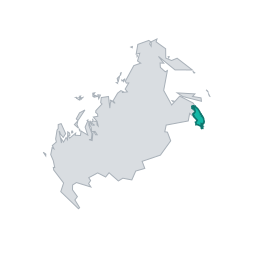 location of Primor'ye within Russia, rotated 292°
{"feature_id": "RUS-2611", "entity_name": "Primor'ye", "entity_type": "Territory", "adm_level": 1, "iso_a3": "RUS", "parent_name": "Russia", "parent_adm1": "", "projection": "orthographic", "projection_center": [134.86, 45.37], "detail": "fine", "context": "in_parent", "style": "filled", "palette": "teal", "viewbox_px": 256, "rotation_deg": 292, "n_neighbors": 0, "source": "natural_earth", "source_scale": "10m", "svg_char_len": 7402}
<svg xmlns="http://www.w3.org/2000/svg" viewBox="0 0 256 256"><g transform="rotate(292 128 128)"><path d="M165.7,194.0L155.2,196.2L157.2,194.3L156.8,189.8L161.4,189.1L164.7,179.7L157.1,181.2L145.0,162.3L138.3,163.5L138.9,166.1L132.1,172.4L115.0,168.2L102.4,153.6L96.8,158.7L91.0,151.3L81.3,151.0L79.5,142.0L75.3,138.9L79.4,127.2L74.2,125.6L75.0,116.7L67.2,110.2L65.3,113.0L61.7,112.3L59.4,115.7L58.1,100.6L54.4,98.0L49.9,99.7L45.4,106.8L41.4,105.7L36.0,113.0L34.6,112.3L43.8,89.5L52.9,88.9L61.2,74.9L63.5,73.5L63.9,74.9L69.8,70.9L74.4,66.3L81.4,65.0L81.0,67.1L83.4,64.4L88.2,66.8L90.8,65.0L99.5,63.0L101.3,63.5L105.1,62.0L107.0,64.4L99.4,72.3L95.0,71.5L97.1,67.6L98.9,66.1L99.4,65.2L89.1,71.9L92.9,70.5L90.8,73.5L96.0,74.2L94.5,76.3L101.9,73.6L101.4,75.7L99.6,76.9L98.4,75.8L96.7,77.7L103.6,81.4L101.5,81.8L103.2,86.7L107.6,85.7L106.4,93.3L112.8,87.9L119.5,88.1L119.4,89.2L115.9,90.6L109.2,96.7L103.7,98.3L102.6,96.2L102.9,99.5L111.0,97.1L112.0,97.8L109.6,100.5L110.2,102.0L112.5,98.7L111.1,95.6L114.8,93.6L116.4,91.4L120.6,90.1L117.2,93.2L117.7,95.4L118.2,95.7L118.9,92.3L121.3,92.8L122.3,96.6L119.2,98.2L118.6,99.7L122.5,96.9L125.2,91.8L127.5,95.6L129.5,94.6L130.3,92.2L132.1,91.7L140.5,94.9L141.2,93.2L146.2,91.8L149.9,98.1L139.6,103.7L145.2,102.1L147.2,103.0L146.1,105.7L146.1,106.2L146.3,106.4L147.7,104.0L156.4,105.3L160.0,107.4L159.9,110.2L158.6,109.2L161.3,113.9L163.0,110.8L170.0,111.8L169.0,109.6L170.4,108.0L188.0,110.0L192.9,115.5L193.7,111.7L201.7,110.9L199.5,107.9L209.2,105.8L217.0,114.5L216.5,116.6L214.1,116.5L212.5,118.8L216.7,117.3L221.4,121.5L218.4,121.8L215.6,133.2L207.0,136.8L206.9,143.1L211.1,147.4L205.9,165.9L199.5,149.8L205.8,129.4L201.5,136.9L200.3,133.4L196.3,135.3L194.1,141.5L196.0,143.0L176.2,147.0L165.7,159.9L176.9,164.0L175.6,178.8L165.7,194.0ZM128.6,81.3L116.2,78.8L117.1,76.6L123.9,77.4L128.6,81.3ZM179.0,160.5L184.7,177.3L181.4,176.0L183.3,184.4L180.3,186.1L177.7,167.0L179.0,160.5ZM111.1,77.0L115.9,78.8L112.1,79.4L109.2,82.3L111.1,77.0ZM166.7,101.7L169.9,99.4L173.0,100.7L166.7,101.7ZM145.9,84.5L146.0,88.1L144.0,85.3L145.9,84.5ZM147.1,82.3L148.2,84.0L145.1,83.2L147.1,82.3ZM147.5,87.6L148.2,90.1L144.1,89.9L147.5,87.6ZM173.8,101.4L175.4,100.6L177.3,100.9L173.8,101.4ZM73.8,58.5L73.0,61.6L71.3,62.2L73.8,58.5ZM136.5,69.6L137.2,70.4L135.8,68.8L136.5,69.6ZM170.3,105.4L172.6,106.8L169.3,106.6L170.3,105.4ZM103.6,78.5L102.3,77.9L103.1,77.1L104.4,77.2L103.6,78.5ZM137.7,71.1L138.5,71.8L138.0,72.4L137.7,71.1ZM138.7,73.8L137.3,73.9L137.5,73.1L138.4,73.0L138.7,73.8ZM138.8,74.7L138.7,74.0L139.5,74.8L138.8,74.7ZM108.8,83.6L106.9,85.0L108.1,83.4L108.8,83.6ZM145.1,84.6L144.0,84.6L144.2,83.8L145.1,84.6ZM139.3,71.2L139.9,72.1L139.0,72.0L139.3,71.2ZM205.2,101.5L204.0,101.9L204.1,100.3L205.2,101.5ZM137.2,68.7L136.9,69.4L136.8,68.1L137.2,68.7ZM120.2,87.7L119.3,86.9L120.3,87.7L120.2,87.7ZM147.2,101.2L147.2,102.5L146.5,101.5L147.2,101.2ZM199.0,108.9L198.4,109.8L197.6,109.7L199.0,108.9ZM136.7,73.0L137.0,72.4L136.9,73.3L136.7,73.0ZM139.0,72.2L138.2,72.8L138.6,72.0L139.0,72.2ZM192.7,186.1L192.3,187.5L191.0,189.4L192.7,186.1ZM136.5,72.2L135.8,72.7L135.8,72.2L136.5,72.2ZM121.5,92.6L120.4,92.3L120.4,92.1L121.5,92.6ZM209.6,139.4L208.3,139.5L209.1,138.5L209.6,139.4ZM170.1,104.3L169.7,105.3L169.4,104.6L170.1,104.3ZM169.8,158.7L170.1,160.3L169.2,159.9L169.8,158.7ZM204.9,166.8L204.2,169.2L203.7,168.7L204.9,166.8ZM136.1,71.4L135.7,71.1L136.0,70.8L136.1,71.4ZM123.4,91.9L122.4,92.4L122.5,92.1L123.4,91.9ZM166.1,101.0L165.5,101.5L165.7,100.3L166.1,101.0ZM188.1,191.5L190.3,189.4L188.1,191.9L188.1,191.5Z" fill="#d9dde1" stroke="#a8b0b8" stroke-width="1"/><path d="M163.0,185.5L163.1,185.4L163.0,185.1L163.1,184.8L163.3,184.6L163.5,184.5L163.8,184.5L164.2,184.5L164.3,184.2L164.2,183.9L164.2,183.7L164.4,183.6L164.5,183.3L164.7,183.2L164.8,183.1L165.1,183.0L165.3,183.1L165.5,182.9L165.8,183.0L166.0,183.1L166.1,183.3L166.3,183.4L166.1,183.7L166.3,183.8L166.5,183.6L166.8,183.6L166.9,183.8L167.0,183.9L167.1,184.0L167.3,184.1L167.6,183.9L167.8,184.1L168.0,184.2L168.4,184.0L168.6,184.1L169.0,183.9L169.2,183.6L169.3,183.6L169.5,183.4L169.4,183.3L169.4,183.0L169.5,182.9L169.5,182.7L169.9,182.7L170.0,182.6L170.2,182.8L170.4,182.8L170.6,182.6L171.0,182.4L171.3,182.2L171.5,182.0L171.6,181.9L171.7,181.6L171.4,181.6L171.6,181.3L171.4,181.2L171.2,181.3L170.7,181.0L170.3,181.0L170.4,180.9L170.5,180.8L170.7,180.7L170.3,180.5L170.2,180.3L170.1,180.2L170.2,179.9L170.3,179.8L170.6,179.7L170.8,179.7L171.2,179.7L171.4,179.4L171.6,179.4L171.8,179.3L171.8,179.2L172.0,179.0L172.3,179.1L172.4,179.3L172.5,179.5L172.6,179.8L172.7,179.7L172.8,179.7L172.9,179.9L172.7,179.9L172.7,180.0L172.9,180.4L173.1,180.6L173.2,180.8L173.1,181.0L172.9,181.1L172.7,181.1L172.5,181.3L172.8,181.4L172.8,181.5L172.7,181.7L172.8,181.8L172.6,181.9L172.8,181.9L173.0,182.0L173.3,181.9L173.5,182.1L173.5,182.3L173.4,182.4L172.7,183.2L172.6,183.5L172.5,184.0L172.3,184.4L172.4,184.6L172.1,185.0L171.9,185.5L171.8,185.9L171.6,186.1L171.2,186.6L171.0,187.0L170.7,187.4L170.5,187.6L170.0,188.4L169.8,188.4L169.3,188.9L169.2,189.2L169.0,189.4L168.7,189.7L168.7,189.8L168.6,190.0L168.3,190.2L168.3,190.3L168.2,190.3L168.3,190.4L168.1,190.5L168.0,190.8L167.9,191.1L167.7,191.2L167.5,191.3L167.3,191.4L167.2,191.5L167.1,191.8L166.9,192.0L166.8,192.5L166.6,192.6L166.5,192.8L166.4,192.7L166.4,192.9L166.5,192.9L166.4,193.0L166.5,192.9L166.3,193.3L166.0,193.5L166.0,193.4L165.9,193.4L165.8,193.5L165.7,194.0L165.3,194.2L165.3,194.3L165.0,194.5L164.9,194.7L164.7,194.7L164.5,194.9L164.4,194.9L164.1,195.1L163.6,195.4L163.4,195.6L163.0,196.0L162.8,195.9L162.6,196.1L162.4,196.0L162.2,196.1L161.9,196.3L161.6,196.3L161.3,196.5L161.0,196.5L160.9,196.4L161.0,196.4L160.9,196.2L161.0,196.1L160.9,196.1L160.7,196.1L160.7,196.3L160.5,196.2L160.4,196.1L160.5,195.9L160.4,195.8L160.3,196.0L160.1,196.0L159.9,195.9L159.6,195.7L159.6,195.8L159.5,196.0L159.4,196.0L159.4,195.9L159.4,195.5L159.4,195.4L159.5,195.2L159.5,194.8L159.5,194.7L159.4,194.6L159.3,194.8L159.0,195.0L158.8,195.2L158.6,195.3L158.5,195.2L158.4,195.2L158.6,194.9L158.8,194.8L158.9,194.6L158.7,194.7L158.4,194.6L158.2,194.8L158.2,195.0L158.1,194.9L158.0,195.0L157.8,195.4L157.8,195.5L157.7,195.4L157.6,195.5L157.4,195.6L157.4,195.8L157.5,195.8L157.4,196.0L157.2,196.1L157.0,196.3L157.0,196.5L156.9,196.6L157.0,196.7L157.0,196.8L156.9,196.7L156.8,196.4L156.7,196.4L156.7,196.5L156.2,196.6L156.3,196.6L156.0,196.4L155.9,196.4L155.7,196.4L155.7,196.5L155.9,196.5L156.0,196.6L156.2,196.8L156.1,197.0L155.8,197.5L155.7,197.5L155.7,197.2L155.4,196.8L155.6,196.7L155.4,196.3L155.2,196.3L155.2,196.1L155.6,195.9L155.9,195.9L156.0,195.8L156.5,195.9L156.6,195.7L156.8,195.7L156.7,195.4L157.0,195.1L156.9,194.8L157.1,194.6L157.1,194.4L157.2,194.1L157.0,193.8L157.0,193.7L157.0,193.1L157.1,192.7L157.2,192.4L157.3,192.2L156.9,190.3L156.8,190.1L156.7,190.0L156.6,189.9L156.9,189.8L156.9,189.6L157.0,189.6L157.5,189.5L158.1,189.1L158.1,188.9L158.4,188.8L158.5,188.5L158.6,188.4L158.8,188.7L160.8,189.3L161.0,189.4L161.4,189.1L161.3,188.8L161.3,188.6L161.4,188.2L161.5,188.0L161.9,187.8L162.0,187.8L162.1,187.7L162.1,187.4L162.2,187.2L162.2,186.9L162.3,186.8L162.5,186.7L162.7,186.3L162.6,186.1L162.9,185.9L163.0,185.8L163.1,185.7L163.0,185.5ZM158.6,195.4L158.6,195.5L158.4,195.6L158.2,195.5L158.3,195.5L158.2,195.4L158.3,195.4L158.6,195.4ZM159.7,196.1L159.8,196.1L159.6,196.0L159.7,195.9L159.7,196.0L159.7,196.1Z" fill="#14b8a6" stroke="#0f766e" stroke-width="1.5"/></g></svg>